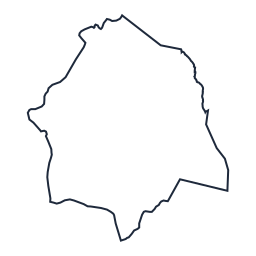 outline of Melekeok, Melekeok, Palau
{"feature_id": "81905179B96125611766208", "entity_name": "Melekeok", "entity_type": "district", "adm_level": 2, "iso_a3": "PLW", "parent_name": "Palau", "parent_adm1": "Melekeok", "projection": "natural_earth1", "projection_center": [134.606, 7.509], "detail": "fine", "context": "isolated", "style": "outline", "palette": "slate", "viewbox_px": 256, "rotation_deg": 0, "n_neighbors": 0, "source": "geoboundaries", "source_scale": "gbopen_adm2", "svg_char_len": 2961}
<svg xmlns="http://www.w3.org/2000/svg" viewBox="0 0 256 256"><path d="M208.0,110.5L207.5,110.8L207.1,111.0L206.7,111.2L206.5,111.3L206.1,111.4L205.7,111.3L205.3,112.1L205.2,111.8L205.1,111.5L204.8,111.1L204.3,110.1L203.8,109.4L203.2,108.5L202.9,107.7L202.7,106.9L202.6,106.2L202.6,105.5L202.5,104.9L202.5,104.2L202.4,103.9L202.5,103.2L202.7,102.9L202.9,102.2L203.0,101.6L203.1,101.1L203.0,100.8L202.9,100.5L203.0,100.3L203.0,99.8L203.0,99.3L202.8,98.8L202.6,98.3L202.6,98.0L202.4,97.6L202.2,97.0L202.2,96.5L202.1,96.1L202.3,95.7L202.3,95.2L202.5,94.7L202.6,94.0L202.7,93.5L202.8,93.2L202.7,92.4L202.7,91.9L202.9,91.8L202.9,91.3L202.8,90.8L202.8,90.6L202.8,90.3L202.8,90.0L203.0,89.4L203.1,88.9L203.0,88.3L202.9,87.4L202.6,87.0L202.2,86.1L201.9,85.7L201.6,85.2L201.2,84.7L200.9,84.4L200.6,84.2L200.1,83.9L199.4,83.0L199.0,82.7L198.5,82.4L198.2,82.3L197.7,82.3L196.9,81.9L196.9,81.2L196.5,80.8L196.3,80.3L196.3,80.0L196.2,79.6L195.9,79.3L195.5,78.9L194.8,78.1L194.8,77.0L194.6,76.8L194.4,76.6L194.6,76.3L194.8,76.0L194.8,75.7L195.0,75.1L194.9,74.7L195.1,74.1L195.3,73.5L195.4,72.9L195.4,72.6L195.2,72.4L195.3,72.3L195.3,72.0L195.3,71.6L195.2,71.4L194.9,70.9L194.7,71.1L194.7,70.7L195.1,67.5L194.4,67.3L194.3,67.0L193.9,66.3L194.1,65.5L194.0,64.8L193.8,64.3L193.6,64.2L193.3,63.7L192.8,62.8L191.9,61.7L190.9,60.8L190.2,59.5L189.4,58.5L188.4,57.4L187.8,56.7L187.3,56.3L187.0,56.2L186.6,55.5L186.5,55.4L186.2,55.3L186.1,55.2L185.9,55.0L185.6,54.9L185.5,54.7L185.2,54.6L185.1,54.2L184.8,54.1L184.6,53.4L184.2,52.8L184.1,52.6L183.7,52.3L183.1,52.0L182.9,51.8L182.7,51.7L182.2,51.6L181.9,51.8L181.8,52.0L181.7,52.1L181.7,51.8L181.5,51.5L181.6,51.3L181.6,51.0L181.4,50.6L181.3,49.8L181.1,49.3L160.7,45.3L123.0,16.1L122.1,15.4L121.3,16.9L119.9,18.8L116.3,20.6L112.1,21.0L109.8,19.7L106.9,19.0L105.9,20.4L103.8,23.0L102.1,27.7L100.9,29.0L99.8,28.4L98.7,27.4L97.8,25.5L95.6,24.6L94.7,25.6L94.6,27.1L93.9,27.8L93.1,27.2L91.3,26.7L84.6,29.4L81.2,31.3L79.6,33.3L79.2,35.4L81.3,38.1L85.4,42.8L84.8,44.7L83.7,47.3L75.9,59.3L65.6,77.2L60.1,82.0L52.4,84.8L48.6,88.2L47.6,91.6L45.7,93.6L44.4,96.4L44.4,99.8L44.1,103.9L41.7,106.5L35.4,109.1L31.2,109.1L29.4,110.0L27.8,112.8L29.4,119.5L33.5,122.7L40.2,130.3L41.0,131.4L44.2,130.7L46.0,131.6L46.8,134.2L45.9,136.1L48.2,141.4L51.3,149.1L51.5,152.6L51.8,154.7L51.0,157.7L49.3,162.9L47.7,172.0L47.3,177.2L48.3,185.8L50.4,198.4L50.2,201.8L53.5,202.6L56.7,203.6L60.4,202.6L64.8,200.3L69.9,199.4L74.0,200.5L83.7,204.1L87.6,206.3L90.9,206.5L101.0,208.0L107.0,209.6L110.9,211.9L113.3,213.7L114.1,215.2L115.7,223.5L120.9,240.6L124.6,239.4L125.7,239.0L127.2,237.8L128.7,237.4L131.8,233.8L134.1,230.5L137.6,228.9L139.2,227.5L139.2,223.4L142.1,214.7L143.8,211.8L145.5,211.2L150.0,211.9L151.8,211.9L154.7,208.9L156.0,206.7L158.8,205.0L159.9,203.0L161.2,201.5L163.6,200.5L165.4,200.9L167.8,201.2L168.0,200.9L180.0,179.3L227.4,190.8L228.2,170.1L224.9,158.7L216.7,148.1L206.1,124.4L208.0,110.5Z" fill="none" stroke="#1e293b" stroke-width="2"/></svg>